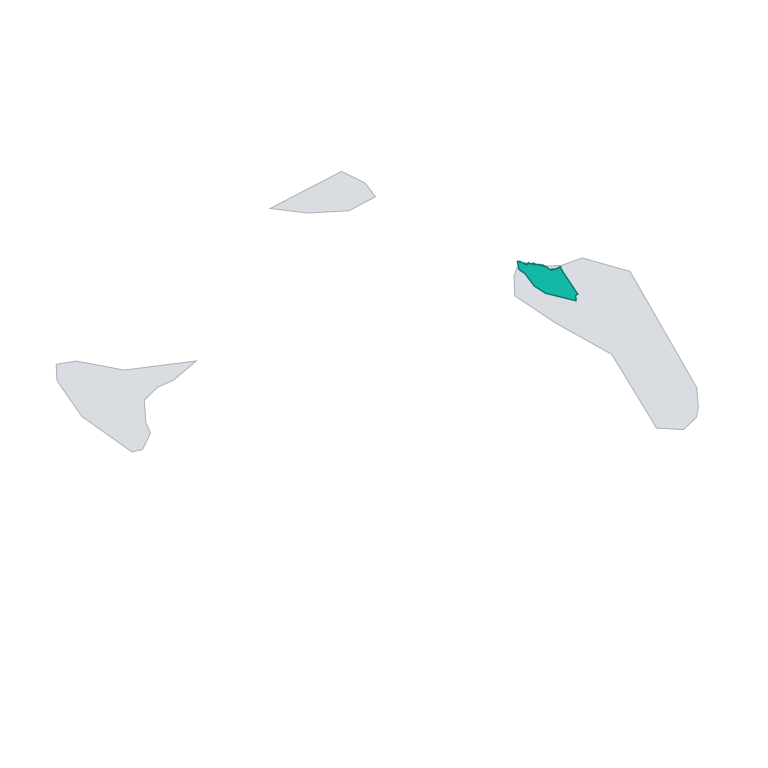 Mbadjini Ouest, Andjazîdja, Comoros (highlighted), rotated 145°
{"feature_id": "10938185B5285365051467", "entity_name": "Mbadjini Ouest", "entity_type": "district", "adm_level": 2, "iso_a3": "COM", "parent_name": "Comoros", "parent_adm1": "Andjazîdja", "projection": "mercator", "projection_center": [43.399, -11.847], "detail": "fine", "context": "in_parent", "style": "filled", "palette": "teal", "viewbox_px": 768, "rotation_deg": 145, "n_neighbors": 0, "source": "geoboundaries", "source_scale": "gbopen_adm2", "svg_char_len": 4291}
<svg xmlns="http://www.w3.org/2000/svg" viewBox="0 0 768 768"><g transform="rotate(145 384 384)"><path d="M215.8,397.6L208.0,403.1L170.6,379.3L149.3,373.6L117.9,335.1L129.9,201.5L140.0,184.4L147.5,177.4L164.9,174.9L186.0,191.6L180.4,277.5L208.4,335.4L226.3,381.2L215.8,397.6ZM629.5,473.0L650.1,530.8L649.9,574.4L641.2,588.2L622.8,579.2L589.0,544.5L524.6,510.6L554.1,507.9L571.4,511.3L589.7,508.2L601.1,489.2L603.4,477.8L619.4,468.8L629.5,473.0ZM348.0,567.5L376.7,593.1L296.8,582.5L284.2,559.4L283.6,542.3L313.4,546.1L348.0,567.5Z" fill="#d9dde1" stroke="#a8b0b8" stroke-width="1"/><path d="M172.0,378.4L172.3,378.6L172.2,378.7L172.3,378.8L172.4,378.7L172.5,378.8L172.5,378.6L172.9,378.6L173.1,378.8L173.3,378.7L173.5,378.8L173.4,379.0L173.6,379.0L173.7,378.8L174.1,378.8L174.3,378.8L174.9,379.2L175.0,379.4L175.2,379.5L175.3,379.5L175.4,379.4L175.6,379.4L175.6,379.5L175.8,379.5L176.1,379.7L176.3,379.7L176.3,379.4L176.8,379.4L176.9,379.5L177.0,379.5L177.3,379.6L177.6,379.6L177.6,379.8L177.8,379.8L178.2,380.0L178.6,380.4L178.8,380.4L178.9,380.5L179.1,380.6L179.3,380.6L179.5,380.8L179.7,381.0L179.8,380.9L179.7,381.1L179.9,381.1L180.0,381.0L180.2,381.4L180.3,381.5L180.3,381.4L180.5,381.4L180.6,381.5L180.8,381.5L180.9,381.4L181.1,381.5L181.1,381.4L181.2,381.2L181.4,381.3L181.6,381.3L181.8,381.5L182.2,381.8L182.3,382.1L182.4,382.3L182.5,382.5L182.5,382.8L182.7,383.0L182.8,383.0L182.9,383.3L182.8,383.5L183.0,384.0L183.1,384.3L183.2,384.5L183.3,384.6L183.3,384.9L183.4,385.0L183.4,385.3L183.4,385.5L183.5,385.7L183.5,385.8L183.4,385.9L183.3,386.1L183.4,386.3L183.5,386.4L183.6,386.5L183.7,386.9L183.9,387.0L184.0,387.2L184.1,387.3L184.1,387.6L184.3,387.6L184.3,387.8L184.4,388.0L184.5,388.0L184.7,387.9L184.8,387.9L184.9,388.1L184.8,388.3L184.9,388.5L185.1,388.4L185.3,388.6L185.2,388.7L185.3,388.8L185.4,389.1L185.5,389.2L185.5,389.3L185.4,389.3L185.6,389.4L185.6,389.5L185.8,389.6L185.7,389.8L185.8,389.8L186.0,389.9L186.1,390.1L186.1,390.3L186.4,390.1L186.5,390.3L186.7,390.6L186.8,390.6L186.7,390.7L186.8,390.7L186.8,390.8L186.8,391.0L187.0,391.2L187.1,391.3L187.2,391.5L187.3,391.4L187.3,391.5L187.3,391.9L187.5,392.2L187.8,392.3L187.9,392.5L188.1,392.7L188.3,392.7L188.3,392.8L188.5,392.8L188.7,393.0L188.8,393.1L189.0,393.2L189.1,393.4L189.2,393.5L189.3,393.5L189.6,393.7L189.9,393.9L190.1,394.1L190.3,394.3L190.5,394.5L190.7,394.8L190.8,394.8L191.0,394.8L191.0,395.1L191.3,395.0L191.5,395.2L191.5,395.4L191.7,395.5L191.8,395.6L191.8,395.8L192.1,395.8L192.3,396.0L192.1,396.2L192.1,396.3L192.3,396.4L192.5,396.3L192.4,396.6L192.6,396.4L192.6,396.5L192.5,396.8L192.8,396.6L192.7,396.9L192.8,396.9L193.0,397.0L192.9,397.1L193.1,397.1L193.2,397.3L193.3,397.4L193.5,397.5L193.9,397.5L194.0,397.6L193.8,397.8L194.0,397.9L194.3,397.8L194.6,398.1L194.8,398.3L194.8,398.6L195.0,398.7L195.1,398.8L195.3,398.8L195.4,399.0L195.5,398.8L195.7,399.0L195.9,399.3L195.9,399.5L196.0,399.4L196.1,399.5L196.2,399.8L196.3,399.6L196.7,400.0L196.8,400.0L197.0,400.1L197.0,400.3L197.3,400.4L197.3,400.2L197.7,400.2L197.7,400.3L197.8,400.3L197.9,400.1L198.0,400.2L198.2,399.9L198.4,399.8L198.6,399.8L198.8,399.8L199.0,400.0L199.1,400.3L199.5,400.6L199.4,400.7L199.5,400.7L199.7,400.9L199.6,401.0L199.8,401.3L199.7,401.4L199.7,401.5L199.8,401.5L199.7,401.7L199.8,401.8L199.7,401.9L199.9,401.9L199.9,402.0L199.7,402.1L199.8,402.2L199.8,402.3L200.0,402.3L200.0,402.5L200.3,402.7L200.3,402.8L200.2,403.0L200.4,403.2L200.6,403.4L200.6,403.5L200.8,403.7L200.9,403.9L201.0,403.9L201.1,404.0L201.3,404.4L201.4,404.5L201.5,404.6L201.7,404.8L201.8,404.9L201.9,405.0L201.9,405.3L202.0,405.7L202.2,405.8L202.4,405.9L202.4,406.1L202.5,406.1L202.4,406.4L202.7,406.4L202.8,406.5L203.0,406.9L203.1,407.1L203.3,407.2L203.4,407.3L203.5,407.3L203.7,407.5L203.8,407.6L204.0,407.5L204.3,407.6L204.4,407.8L204.5,407.8L205.5,405.4L207.6,401.1L207.3,399.2L205.1,393.2L204.7,377.9L199.4,365.4L179.1,342.2L179.0,342.5L178.8,342.8L178.6,343.0L178.4,343.2L177.9,343.3L177.7,343.4L177.6,343.5L177.6,343.8L177.5,344.6L177.5,344.8L177.4,345.3L177.3,345.5L177.1,345.7L177.0,345.9L176.9,346.1L176.5,346.2L176.2,346.3L175.8,346.4L175.5,346.5L175.3,346.6L175.1,346.6L174.7,346.6L174.3,346.6L174.0,346.5L173.8,346.4L173.1,373.0L173.0,373.7L172.7,375.7L173.1,377.2L172.0,378.4Z" fill="#14b8a6" stroke="#0f766e" stroke-width="1.5"/></g></svg>